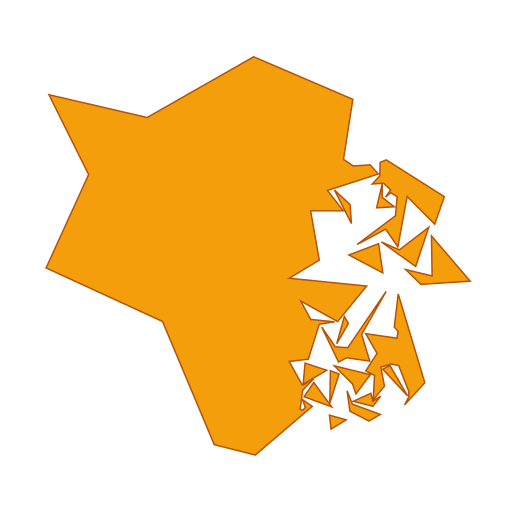 San Lorenzo, Valle, Honduras (orthographic projection), rotated 273°
{"feature_id": "27666195B73827570061080", "entity_name": "San Lorenzo", "entity_type": "district", "adm_level": 2, "iso_a3": "HND", "parent_name": "Honduras", "parent_adm1": "Valle", "projection": "orthographic", "projection_center": [-87.426, 13.441], "detail": "medium", "context": "isolated", "style": "filled", "palette": "amber", "viewbox_px": 512, "rotation_deg": 273, "n_neighbors": 0, "source": "geoboundaries", "source_scale": "gbopen_adm2", "svg_char_len": 1942}
<svg xmlns="http://www.w3.org/2000/svg" viewBox="0 0 512 512"><g transform="rotate(273 256 256)"><path d="M406.2,40.8L328.5,84.6L233.1,47.0L185.7,166.1L65.4,224.2L57.2,265.7L108.8,320.1L114.9,310.1L107.2,313.2L104.4,310.7L105.2,308.1L124.4,309.7L135.2,319.0L134.7,316.7L129.9,310.6L129.7,308.8L152.4,294.7L155.7,313.6L191.2,322.8L194.4,338.0L195.5,314.0L213.4,303.0L194.8,340.9L231.8,368.1L235.5,290.3L255.2,319.4L304.0,308.2L305.7,340.8L325.2,323.9L344.3,373.9L353.0,365.2L351.0,348.4L357.1,338.3L417.5,344.5L454.8,243.2L388.6,140.0L406.2,40.8ZM303.5,393.2L272.8,356.4L289.6,384.1L272.5,397.2L323.4,403.8L297.1,432.8L325.1,441.0L358.8,381.0L356.0,375.1L342.4,375.4L334.0,368.3L335.4,379.5L329.1,387.0L321.6,382.3L326.3,387.3L322.7,393.8L303.5,393.2ZM142.9,380.6L118.5,380.6L132.7,391.1L151.5,386.5L155.2,396.5L154.1,404.2L128.7,415.7L123.0,415.8L115.1,412.2L138.3,431.2L225.6,400.0L192.3,397.8L188.2,401.8L181.3,401.0L184.2,369.6L165.0,382.0L147.0,371.6L142.9,380.6ZM154.4,344.0L159.1,351.8L157.0,375.1L183.2,365.6L227.4,387.8L169.2,352.4L169.5,339.9L188.5,325.3L154.4,344.0ZM236.3,422.1L242.1,471.2L285.2,430.2L245.3,432.9L250.3,406.2L236.3,422.1ZM276.6,380.5L253.9,416.0L293.7,427.0L269.6,398.8L276.6,380.5ZM245.8,383.5L274.7,377.8L261.9,348.7L245.8,383.5ZM149.6,388.5L124.3,414.6L153.7,395.5L149.6,388.5ZM150.4,340.0L133.3,359.1L123.5,363.0L143.5,376.4L150.4,340.0ZM310.4,373.9L312.4,391.4L321.2,378.9L334.8,378.3L310.4,373.9ZM105.9,357.9L97.1,377.5L104.3,388.4L113.1,360.0L126.1,354.0L105.9,357.9ZM118.0,311.4L109.3,339.5L132.7,320.3L118.0,311.4ZM113.1,337.4L142.5,345.1L145.3,336.3L113.1,337.4ZM136.2,318.4L145.6,332.6L151.6,310.6L130.6,309.8L136.2,318.4ZM312.2,347.3L326.0,330.9L293.4,349.6L312.2,347.3ZM172.6,341.2L193.4,351.8L200.2,347.4L172.6,341.2ZM112.0,380.6L122.5,387.8L117.2,380.2L124.9,377.9L116.0,360.7L112.0,380.6ZM87.0,340.0L97.1,354.6L100.9,337.7L87.0,340.0Z" fill="#f59e0b" stroke="#b45309" stroke-width="1.5"/></g></svg>